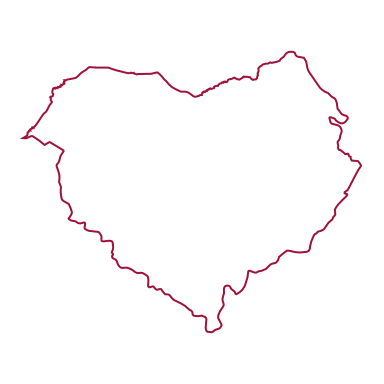 outline of Phu Phan, Sakon Nakhon, Thailand
{"feature_id": "78962969B29129628084941", "entity_name": "Phu Phan", "entity_type": "district", "adm_level": 2, "iso_a3": "THA", "parent_name": "Thailand", "parent_adm1": "Sakon Nakhon", "projection": "albers", "projection_center": [103.896, 16.916], "detail": "fine", "context": "isolated", "style": "outline", "palette": "rose", "viewbox_px": 384, "rotation_deg": 0, "n_neighbors": 0, "source": "geoboundaries", "source_scale": "gbopen_adm2", "svg_char_len": 5807}
<svg xmlns="http://www.w3.org/2000/svg" viewBox="0 0 384 384"><path d="M219.3,328.5L219.9,328.0L220.9,326.7L221.5,325.6L221.5,324.6L218.3,318.3L218.1,316.3L218.3,315.2L220.0,311.2L223.5,305.8L223.7,305.0L223.4,303.0L222.6,300.7L222.5,299.1L222.9,297.0L224.0,293.1L223.9,289.0L224.1,288.0L224.8,286.6L225.9,285.8L226.8,285.6L228.8,285.8L229.6,286.2L230.1,286.8L231.0,288.6L232.5,290.0L234.5,291.5L235.6,293.8L236.2,294.1L236.7,294.1L239.5,292.3L241.9,290.2L242.9,289.0L244.9,285.7L247.4,277.7L248.3,271.3L248.9,270.8L250.0,270.8L254.0,272.4L255.9,272.7L258.7,271.3L261.8,270.7L265.9,269.0L270.3,264.6L272.1,263.7L275.2,263.0L276.3,262.4L278.1,260.1L279.0,257.0L283.5,253.2L287.0,250.6L289.5,250.8L295.7,252.2L299.8,252.5L306.4,251.9L308.3,251.1L309.1,250.4L309.7,249.0L310.0,248.0L309.8,247.5L311.2,241.7L314.0,235.0L314.9,234.2L316.5,233.2L318.0,231.6L320.6,231.0L323.2,229.7L324.1,229.0L328.4,222.8L332.3,219.4L333.2,217.2L334.9,215.3L335.2,214.7L335.2,212.7L334.8,209.9L335.8,207.8L337.9,204.8L344.0,198.4L345.8,196.9L347.2,195.0L347.3,194.4L347.1,194.2L344.6,193.3L344.6,192.2L347.5,190.2L348.5,188.6L356.0,174.1L358.4,169.8L360.6,166.5L361.0,165.6L360.9,165.2L359.2,162.6L358.1,161.3L357.5,161.0L351.8,160.6L350.8,158.9L350.6,156.8L349.6,156.5L349.1,156.1L348.7,155.3L348.4,154.0L348.1,153.8L347.7,153.7L345.9,154.2L345.1,154.0L343.2,152.2L341.2,150.6L340.2,150.0L339.2,150.0L338.4,149.0L337.9,147.9L338.3,146.1L337.6,142.6L337.7,141.8L339.3,139.6L339.9,138.3L340.2,135.7L341.6,131.9L341.7,131.0L341.2,128.7L339.8,126.5L338.5,125.6L337.2,125.1L332.0,123.8L331.2,123.2L330.6,122.5L330.2,121.4L329.4,118.0L329.7,117.3L331.1,117.3L334.3,118.5L335.1,119.1L335.7,120.2L337.9,122.0L340.5,123.2L341.7,123.4L343.4,123.1L345.4,121.9L347.6,118.9L347.8,117.9L347.3,116.7L346.2,115.7L344.2,115.3L341.7,114.1L340.8,113.1L339.1,110.5L337.7,109.0L337.5,108.3L336.8,102.9L336.0,100.6L334.9,98.6L331.4,96.5L327.8,92.8L326.7,92.5L324.8,91.6L322.0,89.7L320.8,88.6L319.4,87.0L309.8,73.1L308.7,71.3L307.9,69.6L307.4,68.1L306.3,62.3L305.9,61.1L303.9,57.8L297.8,56.7L297.1,56.4L296.3,55.8L295.6,54.9L294.8,52.8L293.4,52.0L292.2,51.8L289.2,51.9L287.9,52.3L286.6,53.1L285.7,53.9L283.8,56.7L280.7,59.0L279.6,60.8L277.2,61.7L272.2,62.8L271.3,62.8L270.2,62.4L267.9,63.6L266.5,63.7L265.9,63.6L262.5,64.6L261.7,65.6L259.7,66.7L259.3,67.4L258.4,68.2L258.6,71.1L257.6,73.3L257.9,73.9L257.7,74.9L257.9,75.5L257.3,76.2L257.1,77.9L256.1,79.3L254.0,79.5L253.3,79.9L252.9,79.8L251.9,79.3L250.6,78.2L249.8,77.0L248.5,77.2L246.9,76.7L246.4,76.9L244.9,76.7L244.0,77.2L243.6,76.7L242.6,77.4L242.3,77.9L239.5,79.6L237.2,79.2L235.3,78.2L234.8,77.7L234.3,77.6L231.8,78.8L228.9,79.4L228.0,79.9L227.8,80.2L227.4,81.6L227.1,81.9L225.9,82.2L225.4,81.6L225.0,81.5L223.9,81.7L224.0,82.2L223.5,82.3L223.3,82.7L222.1,82.4L221.2,83.4L220.1,83.5L218.6,84.5L218.0,85.9L215.9,85.9L214.1,86.8L214.2,87.9L213.9,88.1L211.6,88.9L210.6,88.5L210.1,88.9L210.0,88.5L209.6,88.6L209.0,89.1L208.4,89.2L207.9,89.6L207.9,90.0L207.1,90.5L206.8,90.4L206.8,91.0L206.2,90.9L205.5,91.6L205.1,91.4L204.8,91.9L204.5,91.8L204.2,92.0L203.6,91.8L203.4,92.2L202.8,92.3L202.3,92.6L202.5,93.4L201.6,94.6L201.7,95.0L199.9,95.1L198.8,95.9L195.9,96.7L194.7,96.7L193.4,96.2L189.8,93.5L187.3,92.1L185.4,91.7L180.9,91.6L178.3,90.5L172.8,87.6L171.7,86.9L168.8,84.2L166.1,81.1L163.9,79.1L162.2,76.8L158.9,73.5L157.5,72.5L157.0,72.4L151.1,73.8L138.6,74.0L136.8,74.4L134.2,73.5L133.8,72.9L133.4,73.2L131.0,72.7L130.7,73.1L127.5,73.1L115.5,70.1L108.2,67.6L96.7,67.6L89.4,67.1L88.3,67.7L86.2,69.7L81.3,72.8L77.1,76.9L75.9,77.8L74.5,78.2L66.7,79.7L65.7,80.5L64.9,80.1L64.4,80.2L64.9,80.8L64.0,81.7L64.1,82.4L63.7,82.7L63.9,83.0L64.3,83.0L64.3,83.7L63.6,84.2L62.9,84.3L62.2,85.2L61.3,84.9L61.4,85.5L60.9,85.6L60.6,86.9L60.0,86.9L59.8,86.4L58.7,87.3L58.1,87.3L57.9,87.7L57.6,87.2L57.2,87.6L56.6,87.9L56.0,87.7L55.5,88.6L55.1,88.6L54.9,88.0L54.5,87.9L53.6,88.2L53.1,88.6L52.3,91.5L52.5,93.2L53.3,94.1L52.8,95.9L52.3,96.4L50.5,96.7L50.2,97.2L50.9,98.6L50.7,100.1L51.8,101.7L51.8,102.4L49.5,105.3L46.7,110.8L45.9,111.9L44.0,113.4L42.3,115.6L36.8,123.9L34.1,127.1L33.8,127.9L32.7,127.3L32.2,127.4L32.4,127.8L32.3,128.5L30.4,129.2L30.0,129.8L30.3,130.5L29.5,130.4L29.1,130.7L28.8,131.7L27.6,132.5L27.5,134.8L27.2,135.3L25.9,136.4L23.0,138.1L25.4,138.3L26.4,138.1L31.3,136.1L32.4,136.1L39.0,140.4L44.6,144.9L48.8,142.4L49.8,142.1L63.5,150.4L63.6,151.2L60.7,155.7L60.2,157.1L59.1,161.4L58.4,162.6L56.7,164.8L56.6,166.2L58.0,170.2L59.3,174.6L59.5,178.4L59.1,182.2L60.3,185.0L61.0,187.4L60.7,189.9L60.7,192.8L61.6,198.8L62.1,199.7L63.6,201.1L68.8,204.0L70.7,208.4L71.8,211.8L71.8,213.4L70.7,215.6L68.6,218.5L68.8,219.1L71.1,220.5L75.7,221.4L77.4,222.7L78.7,223.2L80.6,223.4L83.2,222.6L84.6,222.6L84.9,222.9L85.1,224.7L84.6,227.0L84.6,228.1L85.0,228.8L86.1,229.6L88.2,230.6L89.5,230.9L98.1,231.9L99.2,232.5L101.5,236.2L101.4,240.3L101.7,240.9L102.6,241.3L104.4,241.3L107.9,240.8L110.0,240.8L111.4,241.1L112.3,241.7L112.8,243.2L113.2,247.5L112.8,249.8L111.8,252.0L111.9,252.6L112.9,253.9L113.1,254.6L112.1,255.8L112.1,257.1L112.6,257.9L113.2,258.4L114.7,259.1L116.2,260.2L116.8,261.3L117.8,264.1L118.5,265.4L119.8,266.9L121.4,267.8L123.1,267.9L125.9,267.6L127.8,267.9L131.6,269.4L135.2,272.1L136.5,272.8L137.5,273.0L141.4,272.8L142.5,273.0L143.8,273.6L147.0,275.7L147.8,276.6L148.3,278.9L148.4,280.4L148.1,286.1L148.9,287.2L150.3,287.2L152.5,286.4L153.1,286.4L153.7,286.7L155.6,289.1L157.0,289.8L159.3,289.1L161.1,289.1L162.6,291.3L165.0,294.2L167.9,294.4L169.0,294.8L169.9,295.5L172.2,298.5L173.8,299.9L180.7,303.3L185.1,305.9L189.3,309.7L191.3,310.7L192.3,312.0L192.7,314.6L194.0,315.8L198.4,316.2L201.8,315.6L205.1,317.0L206.0,318.1L206.4,319.5L205.7,327.3L205.9,329.6L206.5,330.9L207.1,331.5L207.5,331.8L211.8,332.2L212.6,331.9L215.0,330.0L219.3,328.5Z" fill="none" stroke="#9f1239" stroke-width="2"/></svg>